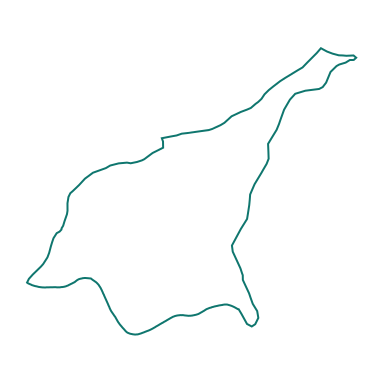 En Mango, Micoud, Saint Lucia (Albers equal-area conic projection), rotated 179°
{"feature_id": "8701671B14589117854765", "entity_name": "En Mango", "entity_type": "district", "adm_level": 2, "iso_a3": "LCA", "parent_name": "Saint Lucia", "parent_adm1": "Micoud", "projection": "albers", "projection_center": [-60.924, 13.8], "detail": "fine", "context": "isolated", "style": "outline", "palette": "teal", "viewbox_px": 384, "rotation_deg": 179, "n_neighbors": 0, "source": "geoboundaries", "source_scale": "gbopen_adm2", "svg_char_len": 5073}
<svg xmlns="http://www.w3.org/2000/svg" viewBox="0 0 384 384"><g transform="rotate(179 192 192)"><path d="M102.4,262.4L98.5,272.7L92.5,282.6L87.1,288.4L76.9,291.3L63.1,292.8L59.5,294.6L56.0,299.0L51.4,309.6L45.3,315.4L42.5,316.9L36.1,318.7L31.9,321.2L28.0,321.2L25.5,323.4L28.1,325.7L35.2,325.5L38.9,325.9L42.8,326.1L49.1,327.9L54.6,330.1L60.6,333.5L64.8,328.8L74.4,319.5L79.3,314.6L84.1,311.9L96.9,304.4L101.9,301.3L108.9,296.1L113.4,292.6L117.8,288.4L120.9,283.9L124.3,280.8L126.9,279.0L131.7,275.0L135.6,273.4L141.8,271.2L151.1,267.0L158.4,260.6L162.4,258.3L170.9,254.6L173.9,253.7L195.8,251.0L201.2,250.5L206.4,248.8L212.0,247.9L221.2,246.3L220.1,243.0L220.1,236.8L230.7,231.7L233.5,229.7L239.2,225.6L241.5,224.5L246.4,223.0L252.8,221.8L256.5,222.5L264.8,221.9L273.3,219.9L277.7,217.4L290.7,213.0L298.8,207.2L304.8,200.9L311.2,195.0L313.7,192.9L315.6,189.2L316.7,182.9L316.8,175.4L317.4,172.0L320.0,164.9L321.4,160.5L323.0,158.0L323.2,156.7L325.1,154.7L328.0,153.2L331.3,148.2L332.7,144.3L334.0,140.3L335.9,133.6L337.7,129.1L342.1,122.5L344.4,120.0L352.7,112.2L356.6,108.0L358.5,104.3L358.0,103.9L357.4,103.5L356.8,103.2L356.1,102.9L355.5,102.6L354.7,102.3L354.1,101.9L353.4,101.6L352.7,101.4L351.9,101.1L351.2,100.9L350.3,100.6L349.6,100.5L348.8,100.3L348.1,100.1L347.4,99.9L346.6,99.7L345.9,99.6L345.3,99.5L344.5,99.4L343.7,99.3L343.0,99.2L342.2,99.2L341.4,99.1L340.7,99.1L340.0,99.1L339.3,99.2L338.5,99.2L337.8,99.2L337.1,99.2L336.4,99.2L335.7,99.2L335.0,99.2L334.4,99.2L333.7,99.2L333.0,99.2L332.1,99.2L331.4,99.2L330.7,99.2L329.9,99.2L329.2,99.1L328.6,99.0L327.8,99.0L327.1,99.0L326.4,99.0L325.7,99.0L325.0,99.1L324.4,99.2L323.6,99.2L322.8,99.3L322.1,99.4L321.4,99.5L320.7,99.7L320.0,99.8L319.3,100.1L318.5,100.4L317.8,100.6L317.2,100.9L316.5,101.3L315.7,101.6L315.1,102.0L314.5,102.2L313.9,102.5L313.2,102.8L312.5,103.2L311.9,103.4L311.3,103.8L310.5,104.2L310.0,104.7L309.4,105.1L308.9,105.5L308.2,106.0L307.6,106.3L306.9,106.7L306.3,106.9L305.6,107.1L304.8,107.3L304.1,107.4L303.1,107.6L302.5,107.8L301.7,107.8L301.0,107.9L300.2,107.9L294.6,107.3L294.0,106.8L293.5,106.4L292.9,105.9L292.3,105.5L291.6,105.0L291.0,104.6L290.4,104.1L289.8,103.7L289.3,103.3L288.8,102.8L288.3,102.3L287.9,101.8L287.4,101.3L287.0,100.8L286.6,100.2L286.3,99.6L285.9,99.1L285.5,98.4L285.0,97.6L284.7,96.9L284.3,96.1L283.9,95.3L283.6,94.5L283.2,93.7L282.6,92.1L282.3,91.5L281.9,90.8L281.7,90.1L277.7,80.8L277.5,80.1L277.2,79.5L276.9,78.9L276.6,78.2L276.4,77.5L276.1,76.8L275.8,76.2L275.5,75.5L275.1,74.7L274.7,74.0L274.3,73.4L273.9,72.8L273.5,72.2L273.1,71.6L272.7,71.0L272.3,70.4L271.9,69.7L271.4,69.1L270.9,68.4L270.6,67.7L270.2,67.1L269.9,66.5L269.5,65.7L269.1,65.1L268.8,64.4L268.4,63.8L268.1,63.2L267.7,62.6L267.2,62.0L266.8,61.3L266.4,60.7L265.9,60.2L265.5,59.6L264.9,59.0L264.5,58.4L263.9,57.7L263.5,57.2L263.0,56.7L262.4,56.0L261.8,55.3L261.4,54.8L261.0,54.3L260.4,53.7L259.9,53.2L259.4,52.8L258.8,52.4L258.0,52.1L257.4,51.8L256.7,51.5L255.6,51.2L254.6,51.0L253.8,50.8L253.2,50.7L252.4,50.6L251.7,50.5L251.0,50.5L250.3,50.5L249.6,50.6L248.7,50.6L247.9,50.8L247.2,51.0L246.5,51.2L245.8,51.4L245.1,51.6L244.4,51.9L243.5,52.2L242.6,52.5L241.8,52.8L240.9,53.2L240.2,53.4L239.5,53.7L238.9,53.9L238.2,54.1L237.5,54.4L236.7,54.7L236.1,55.0L235.2,55.4L234.2,55.9L233.4,56.3L232.8,56.7L231.9,57.1L231.1,57.6L230.5,58.0L229.6,58.5L229.0,58.8L228.3,59.2L227.7,59.5L227.1,59.9L226.4,60.3L225.7,60.7L225.1,61.0L224.5,61.4L223.7,61.7L223.1,62.1L222.1,62.7L221.5,63.0L220.7,63.4L220.0,63.8L219.4,64.2L218.6,64.6L217.8,65.1L217.0,65.5L216.3,65.9L215.7,66.3L215.0,66.6L214.4,66.9L213.8,67.3L213.1,67.6L212.4,67.8L211.7,68.1L211.1,68.3L209.3,68.7L208.7,68.8L208.0,68.9L207.3,68.9L206.7,69.0L206.0,69.1L205.3,69.1L204.7,69.0L204.0,69.1L203.3,69.0L202.6,69.0L201.9,68.8L201.2,68.7L200.3,68.6L199.5,68.5L198.6,68.4L197.9,68.3L197.1,68.3L196.2,68.3L195.5,68.3L194.8,68.4L194.1,68.4L193.4,68.6L192.7,68.7L192.0,68.8L191.3,69.0L190.5,69.1L189.8,69.3L189.1,69.5L188.4,69.7L187.8,69.9L187.0,70.3L186.4,70.6L185.6,71.1L184.8,71.5L184.2,71.8L183.6,72.2L183.0,72.5L182.4,72.8L181.8,73.2L181.2,73.6L180.6,73.9L180.1,74.3L179.5,74.6L178.8,74.9L178.2,75.1L177.4,75.4L176.7,75.7L176.0,75.9L175.0,76.1L174.4,76.4L173.6,76.6L172.7,76.8L172.0,77.0L171.4,77.2L170.6,77.3L169.9,77.5L169.0,77.6L168.3,77.8L167.7,77.9L166.9,78.1L166.1,78.2L165.4,78.3L164.7,78.4L163.7,78.5L163.1,78.7L162.2,78.8L161.5,78.9L160.7,78.9L160.0,78.9L159.3,78.9L158.6,78.8L157.9,78.6L157.3,78.4L156.6,78.2L155.9,78.0L155.2,77.7L154.5,77.5L153.7,77.1L153.0,76.8L152.2,76.4L151.6,76.1L150.9,75.7L150.0,75.2L149.5,74.8L148.8,74.5L148.3,74.1L147.4,74.0L144.7,69.3L139.3,59.1L134.6,56.5L131.1,58.7L127.9,64.9L128.0,65.8L128.9,71.8L133.2,79.1L135.3,85.3L136.7,89.7L141.2,99.8L142.7,103.2L142.7,107.9L143.4,109.9L144.9,114.8L148.5,123.0L152.3,131.6L153.0,137.8L143.8,154.2L137.4,164.1L136.5,169.1L135.0,177.9L134.4,183.1L133.9,188.5L131.8,193.2L129.3,198.7L122.2,210.0L120.5,212.9L116.9,218.8L114.8,223.9L114.9,231.0L115.1,238.8L112.2,243.4L106.3,252.7L103.8,258.5L103.3,259.9L102.4,262.4Z" fill="none" stroke="#0f766e" stroke-width="2"/></g></svg>